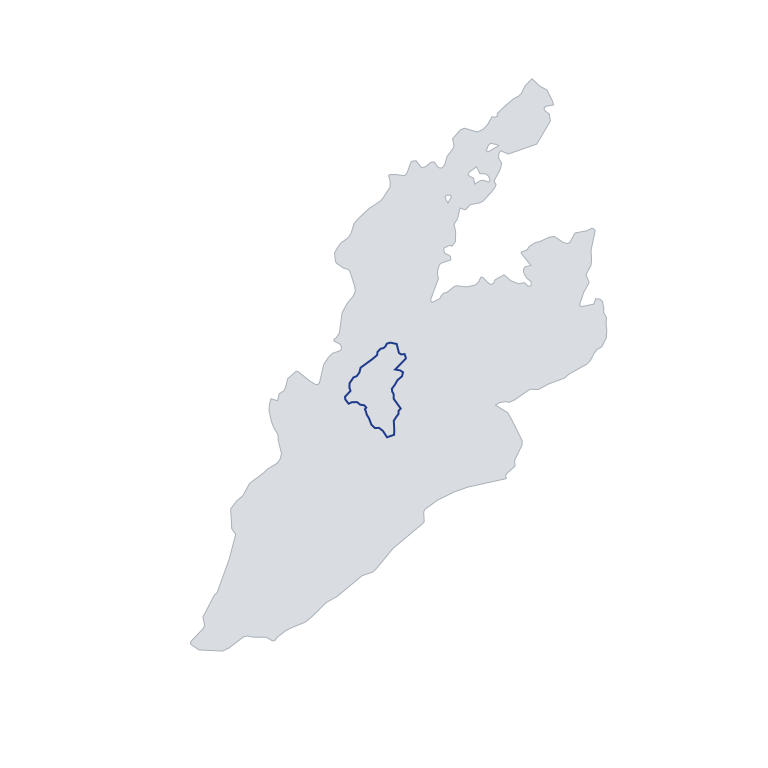 Ak-Talaa, Naryn, Kyrgyzstan (highlighted), rotated 138°
{"feature_id": "92254566B17697144541552", "entity_name": "Ak-Talaa", "entity_type": "district", "adm_level": 2, "iso_a3": "KGZ", "parent_name": "Kyrgyzstan", "parent_adm1": "Naryn", "projection": "equal_earth", "projection_center": [74.786, 41.313], "detail": "fine", "context": "in_parent", "style": "outline", "palette": "blue", "viewbox_px": 768, "rotation_deg": 138, "n_neighbors": 0, "source": "geoboundaries", "source_scale": "gbopen_adm2", "svg_char_len": 4501}
<svg xmlns="http://www.w3.org/2000/svg" viewBox="0 0 768 768"><g transform="rotate(138 384 384)"><path d="M167.3,457.3L169.3,456.1L175.3,454.8L187.5,453.6L191.6,454.5L199.9,459.6L206.3,458.9L207.5,459.6L209.8,463.9L218.8,457.6L225.2,455.8L228.6,449.5L235.5,442.1L241.4,440.9L241.5,442.1L242.6,443.2L248.6,444.9L250.4,442.9L251.4,440.2L249.4,435.9L249.4,434.1L251.3,431.5L260.8,435.6L262.9,435.5L267.3,433.2L271.4,429.2L272.9,426.0L292.5,415.7L293.9,413.9L293.7,412.5L285.5,410.1L281.8,411.5L278.4,411.5L276.3,410.0L266.4,409.4L264.2,408.3L257.7,400.9L249.5,396.3L245.5,396.5L240.8,398.5L239.3,397.6L239.0,390.6L238.1,386.4L235.3,385.5L231.7,387.1L221.7,384.8L220.7,376.1L217.0,368.4L211.8,365.3L211.6,360.7L209.8,358.7L208.2,359.3L206.2,361.6L207.1,366.7L206.2,371.8L205.0,374.4L202.7,376.3L200.0,376.4L195.5,373.8L194.6,389.3L193.7,390.2L188.3,388.0L183.9,389.0L177.4,388.0L172.6,385.5L163.1,382.6L158.7,379.7L156.1,369.3L153.6,365.6L151.1,364.8L141.0,368.4L130.7,362.1L125.6,360.8L124.3,358.8L124.6,356.5L140.6,344.9L147.0,337.0L150.9,333.6L160.9,330.1L163.2,322.8L164.1,322.0L174.2,318.5L185.6,312.1L185.8,310.4L184.7,308.9L174.7,303.0L169.6,305.7L166.6,302.3L166.6,298.9L170.1,293.0L173.0,290.0L174.3,284.3L178.4,280.5L182.8,274.5L188.0,269.5L197.4,265.9L202.7,267.1L207.6,266.2L215.3,263.2L220.0,263.0L239.6,267.5L246.1,267.7L261.2,273.7L273.2,276.7L278.9,282.4L298.1,284.9L303.3,286.6L305.2,289.4L310.6,292.9L315.3,293.7L311.3,280.0L313.0,271.8L319.2,249.5L322.4,246.2L338.0,239.9L341.6,235.3L352.8,235.3L355.1,234.5L356.4,231.9L390.9,251.4L404.0,256.8L422.2,261.9L437.5,263.5L440.2,262.3L446.3,254.7L449.2,254.4L487.2,255.8L514.5,251.7L518.4,251.9L528.6,256.2L560.8,257.5L573.5,260.3L593.6,259.3L602.0,259.8L617.4,265.3L622.7,266.5L632.7,267.3L636.5,266.4L638.7,267.6L641.0,274.6L650.6,283.4L654.2,288.2L657.8,290.1L675.7,291.5L682.5,293.4L699.4,310.1L701.8,319.8L700.1,321.9L682.6,323.2L678.7,324.6L674.6,331.9L651.2,340.7L647.7,340.6L616.4,357.3L594.8,371.5L594.0,378.3L581.5,393.8L571.9,395.7L563.7,395.4L550.3,400.1L533.1,398.5L527.3,398.7L516.0,396.6L511.4,397.7L506.7,400.9L500.1,413.3L497.4,416.2L496.2,419.1L495.2,425.1L492.7,431.5L487.2,441.3L482.3,445.8L477.9,448.7L474.3,442.7L468.5,446.8L463.0,446.0L459.7,447.2L452.0,452.4L440.7,452.2L439.5,450.4L437.2,436.2L435.2,429.4L433.6,427.9L431.6,427.8L415.5,438.9L408.0,440.9L401.8,441.3L393.7,437.9L392.0,438.8L390.6,440.6L390.0,442.9L392.4,449.2L391.7,450.5L388.1,450.4L383.0,451.8L367.4,465.0L357.6,468.5L348.5,469.8L343.1,472.2L340.0,477.1L333.9,490.7L334.1,493.6L336.6,497.3L338.5,505.5L338.0,507.7L333.1,514.5L326.8,516.6L321.9,517.6L312.5,516.7L307.7,518.0L298.8,523.3L291.5,524.2L277.7,524.4L264.1,522.4L259.7,523.1L247.7,526.2L243.5,531.0L241.3,535.5L240.1,536.1L235.3,532.0L229.3,525.0L226.3,525.1L215.4,530.9L213.9,530.7L210.8,528.5L211.3,519.6L207.9,517.7L200.5,517.3L198.0,515.3L198.9,509.5L198.1,507.4L196.3,505.7L192.4,506.2L184.7,511.0L175.7,512.6L172.5,514.2L168.9,520.4L156.9,521.7L153.1,520.3L146.0,508.7L139.9,507.0L133.5,507.4L124.9,510.4L122.9,507.9L120.7,507.2L118.6,509.3L108.1,509.6L97.4,509.3L91.3,507.9L87.4,508.0L79.4,511.2L69.7,511.8L69.0,501.0L66.2,493.7L69.4,481.7L71.2,477.9L78.3,482.3L80.9,481.6L81.6,479.2L80.6,473.9L84.4,468.1L109.9,460.1L137.7,471.7L141.2,479.3L143.7,478.9L147.6,475.5L148.9,469.1L154.5,465.5L166.6,461.2L167.3,457.3ZM181.3,483.7L181.8,482.6L179.8,477.0L182.8,471.8L177.1,470.9L174.2,469.4L171.1,464.1L170.0,463.9L168.3,465.3L167.3,468.8L168.0,472.5L172.0,476.0L170.0,483.5L178.4,484.4L181.3,483.7ZM151.9,488.8L151.7,487.2L149.8,486.5L139.3,484.4L139.6,485.9L143.6,491.4L146.6,491.7L151.9,488.8ZM214.6,479.3L215.3,475.8L208.9,477.9L208.2,479.6L210.3,481.8L213.0,482.6L214.6,479.3Z" fill="#d9dde1" stroke="#a8b0b8" stroke-width="1"/><path d="M355.0,412.1L357.8,411.0L360.4,411.0L362.8,412.5L367.3,412.2L369.8,410.1L376.1,410.3L390.5,411.8L394.6,409.0L399.0,408.1L402.3,409.3L409.1,407.6L412.1,404.5L413.5,401.3L421.5,400.6L423.1,398.4L423.5,393.0L420.1,392.0L416.1,388.5L415.5,384.5L412.9,381.3L413.0,378.3L415.1,378.0L415.8,375.8L417.4,372.6L418.1,368.6L420.6,362.2L420.2,357.3L417.1,354.8L416.2,349.8L417.4,342.4L410.5,339.5L406.9,343.2L401.4,350.1L397.1,351.3L393.2,352.1L391.2,354.3L388.0,354.6L386.7,366.5L383.6,370.0L383.0,372.9L381.3,375.2L376.3,376.2L371.2,377.9L370.8,377.8L365.4,377.7L362.0,380.0L362.9,383.3L366.0,387.3L350.9,388.3L350.3,388.7L348.7,392.4L351.5,394.6L352.1,397.1L347.8,405.3L351.7,410.6L355.0,412.1Z" fill="none" stroke="#1e3a8a" stroke-width="2"/></g></svg>